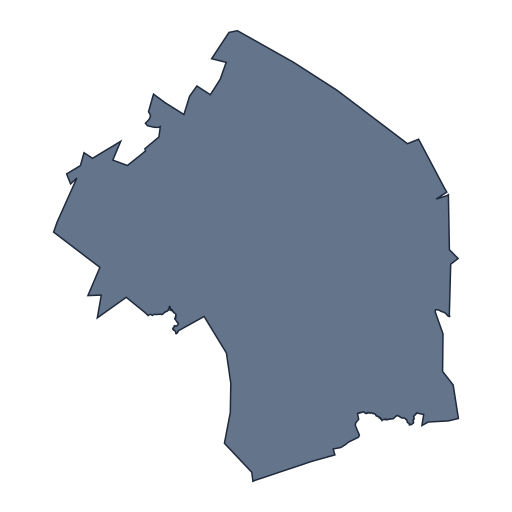 Rodeo, Durango, Mexico
{"feature_id": "50627088B73828506839390", "entity_name": "Rodeo", "entity_type": "district", "adm_level": 2, "iso_a3": "MEX", "parent_name": "Mexico", "parent_adm1": "Durango", "projection": "orthographic", "projection_center": [-104.523, 25.192], "detail": "fine", "context": "isolated", "style": "filled", "palette": "slate", "viewbox_px": 512, "rotation_deg": 0, "n_neighbors": 0, "source": "geoboundaries", "source_scale": "gbopen_adm2", "svg_char_len": 5580}
<svg xmlns="http://www.w3.org/2000/svg" viewBox="0 0 512 512"><path d="M255.2,480.3L311.6,461.4L334.9,454.9L333.2,448.9L340.5,447.6L341.8,446.9L345.9,444.3L348.1,442.3L358.5,437.2L359.4,435.1L355.3,425.5L355.8,422.7L358.7,419.3L357.5,413.6L358.2,413.3L358.7,413.1L358.9,412.8L359.0,412.7L359.5,412.9L359.6,413.1L359.8,413.1L360.2,412.4L360.5,412.3L360.8,412.5L361.4,412.5L361.8,412.5L362.4,412.0L363.0,412.1L363.3,412.0L363.6,412.0L363.8,412.1L364.0,412.0L364.3,412.1L364.4,412.3L364.5,412.4L364.7,412.6L364.8,412.9L365.0,413.1L365.3,413.2L365.5,413.3L365.7,413.1L365.9,413.1L366.1,413.2L366.3,413.3L366.5,413.5L366.8,413.5L367.0,413.4L367.3,412.9L367.8,412.9L367.9,412.7L368.0,412.4L368.4,412.5L368.9,412.9L369.3,412.7L369.8,413.1L370.1,413.2L370.3,413.2L370.6,413.1L370.8,413.1L371.1,412.8L371.4,412.8L371.7,412.9L371.8,413.0L372.2,413.1L372.6,413.4L372.8,413.5L373.0,413.6L373.3,413.6L373.5,413.4L374.0,413.8L374.8,413.8L375.0,414.1L375.2,414.3L375.6,414.6L375.9,414.9L376.0,415.2L375.9,415.4L376.0,415.6L376.1,415.8L376.6,416.0L376.8,416.1L377.1,416.0L377.4,416.2L377.6,416.2L377.7,416.4L377.8,416.5L378.1,416.4L378.4,416.5L378.6,416.8L378.8,417.0L379.0,417.2L379.3,417.2L379.3,417.4L379.3,417.6L379.5,417.5L379.6,417.3L379.8,417.3L380.2,417.7L380.2,417.8L380.3,418.4L380.5,418.4L380.5,418.6L380.7,418.9L381.0,418.9L380.9,419.2L381.1,419.4L381.6,419.8L381.8,420.2L381.9,419.8L382.1,419.8L382.4,419.7L382.5,419.7L382.5,419.8L382.8,419.9L383.1,419.7L383.5,419.5L384.8,419.6L384.9,419.4L385.0,419.6L385.3,419.7L385.5,419.6L385.9,419.6L386.0,419.4L386.3,419.4L386.5,419.3L386.7,419.5L386.8,419.4L387.0,419.7L387.3,419.7L387.4,419.8L387.5,419.8L388.4,419.4L388.6,419.4L388.8,419.3L389.0,419.2L389.4,419.1L389.8,419.2L390.0,418.9L390.4,418.9L390.5,418.8L390.9,418.8L391.2,418.9L391.3,419.0L391.5,419.0L392.0,419.0L392.1,418.9L392.3,418.8L392.8,418.8L393.1,418.7L394.0,418.0L394.2,417.9L395.4,416.7L396.3,416.1L396.5,415.7L397.2,415.4L397.7,415.5L397.9,415.8L398.4,416.1L398.8,416.2L399.5,416.4L399.9,416.9L400.7,417.3L401.0,417.6L401.4,417.8L402.5,417.9L402.6,418.1L403.0,418.0L403.2,417.9L403.6,417.8L404.1,417.9L405.0,418.4L405.3,418.7L405.5,419.1L405.7,419.4L406.2,419.4L406.5,419.6L406.9,420.4L406.9,420.7L407.2,421.1L407.3,421.5L407.2,422.0L407.4,422.5L407.5,422.6L407.9,422.6L408.1,422.8L408.5,422.9L409.0,423.3L409.2,423.7L409.4,424.1L409.3,424.9L409.8,424.9L410.0,424.6L410.4,424.4L411.0,424.6L411.3,424.4L411.5,424.5L411.9,424.3L412.1,424.1L412.4,423.8L412.7,423.4L413.0,423.2L413.4,423.1L413.4,422.9L413.5,422.7L413.5,421.6L413.0,420.7L413.3,420.2L413.4,419.6L413.6,419.5L413.9,419.5L414.0,419.4L414.1,418.4L413.8,417.8L413.8,417.7L414.0,417.2L413.6,416.5L413.6,416.3L413.8,416.0L414.1,416.0L414.2,415.9L414.4,415.6L414.5,415.5L415.3,414.8L415.4,414.3L415.7,414.0L416.2,413.9L416.3,413.8L416.6,413.5L416.4,413.4L416.3,413.1L415.9,412.8L423.7,414.5L421.9,425.5L428.4,422.0L448.4,420.9L458.4,418.5L453.2,385.0L442.6,371.4L443.0,333.9L435.1,311.6L435.5,310.4L435.6,309.7L438.0,309.8L440.3,310.8L440.8,311.1L441.0,311.3L441.5,311.5L442.0,311.7L442.6,311.8L443.2,312.1L444.6,312.6L445.5,313.3L446.4,314.1L446.6,314.3L447.1,315.1L447.4,315.4L448.0,316.0L448.6,316.3L449.2,316.5L449.8,316.5L450.2,316.6L449.3,315.8L450.7,264.2L458.1,258.5L449.4,249.7L448.4,194.7L446.8,195.7L436.2,199.1L446.8,192.1L444.7,188.6L418.6,139.2L407.5,143.7L337.1,90.3L293.5,62.3L237.4,30.7L229.0,32.4L211.6,58.7L226.2,62.4L220.2,79.2L213.1,90.4L210.3,94.7L196.9,86.0L189.6,96.2L183.9,114.5L165.1,102.7L153.5,94.1L148.5,111.8L149.8,113.7L150.5,116.0L149.2,119.3L145.4,123.2L147.4,125.7L154.2,127.3L158.6,127.4L160.3,126.6L158.9,137.0L144.9,148.7L145.5,150.9L142.1,153.8L127.4,165.5L112.8,160.1L120.7,141.3L92.5,158.3L84.0,152.7L80.4,165.6L66.6,173.9L70.6,183.9L76.9,178.0L57.1,222.1L53.6,232.1L84.8,255.9L99.9,267.4L87.9,295.6L101.3,295.1L97.3,317.9L126.2,297.3L144.7,312.3L148.2,315.6L148.6,315.2L149.1,314.8L150.4,314.3L151.1,314.6L152.0,315.2L152.5,315.4L152.8,315.1L153.2,314.9L153.7,314.7L154.5,314.2L155.0,314.4L156.5,314.6L157.6,314.2L158.3,314.4L158.7,314.3L159.2,314.4L160.3,314.1L160.9,314.2L161.6,314.6L162.6,314.2L164.2,312.8L164.3,312.5L164.7,312.4L165.2,312.1L165.4,311.7L166.2,311.6L167.0,311.3L167.6,310.8L168.1,310.4L168.4,310.2L168.2,309.7L168.4,309.4L168.7,309.2L168.9,308.8L169.0,308.2L169.0,307.6L169.4,306.7L169.7,306.3L169.9,306.4L170.0,306.5L170.0,307.3L170.1,308.0L170.1,308.4L170.3,309.0L170.5,309.0L170.6,308.9L170.6,308.5L170.7,308.4L170.8,308.5L170.9,308.9L171.0,309.1L171.2,309.5L171.0,309.9L170.3,310.1L170.3,310.3L170.5,310.3L171.7,310.2L172.0,310.0L172.3,310.0L172.5,310.3L172.5,310.8L172.4,311.2L172.4,311.5L173.2,311.7L173.4,311.8L173.7,312.4L174.0,312.5L174.3,313.0L175.0,313.4L175.8,314.2L176.1,314.6L175.8,315.5L175.9,316.0L175.4,316.6L175.4,316.8L175.8,317.1L175.9,317.8L175.6,318.1L175.3,318.2L174.7,318.3L174.7,318.7L174.8,319.0L175.5,319.6L176.3,320.9L177.5,322.6L177.8,322.5L178.0,323.2L178.2,323.8L178.2,324.2L178.1,324.5L177.8,324.9L177.4,325.2L177.1,325.8L176.8,325.8L176.4,326.0L176.1,326.0L175.9,325.9L175.6,326.0L175.0,325.8L174.7,325.9L174.4,325.7L174.2,325.9L174.3,326.3L174.1,326.7L174.0,326.9L173.9,327.2L174.0,327.4L173.8,327.7L173.4,327.8L173.0,328.0L172.8,328.4L172.7,328.8L172.9,329.3L173.2,329.7L173.6,329.9L173.8,330.2L174.1,330.1L175.4,331.4L175.5,331.9L175.7,332.2L175.7,332.3L175.9,332.9L175.8,333.5L176.1,333.7L176.6,333.5L177.1,333.1L177.6,332.5L177.7,331.8L178.4,331.1L178.5,330.7L204.1,316.5L226.4,353.0L230.8,383.3L230.3,412.5L224.4,443.3L251.8,472.3L252.9,481.3L255.2,480.3Z" fill="#64748b" stroke="#1e293b" stroke-width="1.5"/></svg>